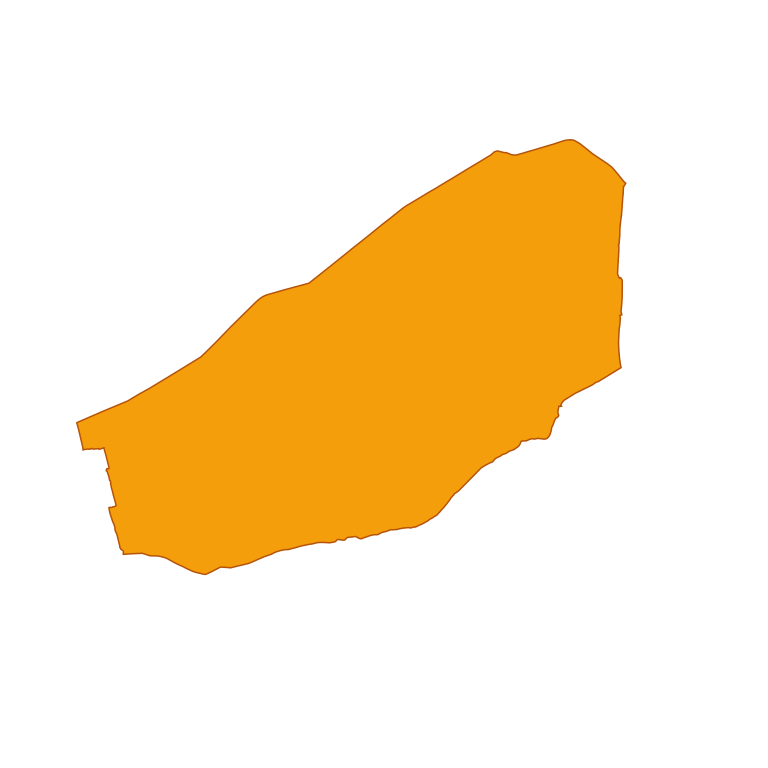 Landsmeer, Noord-Holland, Netherlands (Mercator projection), rotated 238°
{"feature_id": "6326949B31825522291609", "entity_name": "Landsmeer", "entity_type": "district", "adm_level": 2, "iso_a3": "NLD", "parent_name": "Netherlands", "parent_adm1": "Noord-Holland", "projection": "mercator", "projection_center": [4.917, 52.451], "detail": "fine", "context": "isolated", "style": "filled", "palette": "amber", "viewbox_px": 768, "rotation_deg": 238, "n_neighbors": 0, "source": "geoboundaries", "source_scale": "gbopen_adm2", "svg_char_len": 6085}
<svg xmlns="http://www.w3.org/2000/svg" viewBox="0 0 768 768"><g transform="rotate(238 384 384)"><path d="M508.4,616.8L509.8,615.0L510.7,613.8L515.2,610.5L516.8,608.3L521.5,603.8L522.4,600.8L521.6,595.8L521.7,591.1L522.1,565.6L522.4,543.2L522.6,535.6L522.5,532.6L522.8,525.6L523.0,513.9L523.3,497.8L523.2,493.8L522.3,485.9L521.3,477.5L520.4,468.3L517.7,446.5L515.8,429.7L513.3,409.1L509.3,374.3L509.4,373.3L509.9,371.7L516.4,350.3L521.4,332.9L521.8,331.2L522.1,329.5L522.3,327.3L522.2,324.3L521.8,321.3L521.3,318.4L514.8,289.3L513.6,284.0L508.6,263.9L505.6,250.6L504.0,243.0L504.0,239.0L504.2,214.5L504.6,183.0L505.2,171.3L505.4,162.5L505.4,158.9L505.4,157.9L506.0,154.2L510.0,129.9L514.0,103.0L506.1,100.5L489.6,94.9L488.9,94.4L487.5,93.9L487.4,94.8L486.2,97.4L486.0,98.0L484.5,100.1L484.4,100.5L484.5,100.8L484.3,101.5L484.2,101.9L484.0,102.3L483.5,102.2L482.9,103.0L482.4,103.7L482.2,104.3L481.3,105.9L481.2,106.3L480.3,108.0L479.6,107.8L478.8,110.3L478.8,110.8L478.4,111.9L478.5,112.0L478.2,112.1L478.0,112.5L477.9,112.3L476.9,112.2L475.4,111.6L473.2,111.1L464.4,108.3L462.5,107.6L461.9,107.5L459.6,106.8L458.4,106.2L458.1,105.9L458.1,105.7L458.1,105.2L458.3,104.8L459.0,104.4L459.0,104.1L458.9,103.8L458.1,102.8L457.7,102.5L457.4,102.5L456.8,102.9L456.6,102.9L450.6,101.4L450.1,101.2L449.6,100.9L448.0,100.4L447.7,100.3L447.1,100.6L446.2,100.3L445.7,100.2L443.6,99.0L442.8,98.8L440.3,97.8L436.4,96.7L433.7,95.8L432.8,95.4L432.1,95.3L430.7,94.8L427.6,94.0L423.1,92.5L422.8,92.2L422.7,91.9L423.0,90.3L423.5,88.7L423.4,88.5L423.7,87.5L424.1,86.6L424.3,86.5L424.5,86.5L424.7,86.2L424.8,85.9L424.9,85.2L423.8,84.8L422.7,84.2L421.4,83.8L419.2,83.0L414.0,81.7L411.9,81.2L410.6,81.0L409.9,80.8L407.8,80.6L404.7,79.7L403.9,79.1L403.3,78.8L400.8,78.1L400.2,78.0L399.0,78.0L398.6,78.0L387.4,74.3L385.0,73.3L384.7,73.5L384.3,73.5L383.5,73.3L383.3,73.3L382.5,73.6L381.4,74.2L381.2,74.3L379.9,74.2L379.5,74.1L378.9,73.3L377.7,72.6L374.4,78.9L368.7,89.0L368.4,89.4L362.6,94.3L362.2,94.8L357.9,101.2L355.9,103.3L352.9,106.1L351.9,106.9L350.3,107.9L347.5,109.4L342.1,112.5L337.7,115.3L335.1,117.1L332.6,118.5L326.9,122.2L324.6,124.0L317.9,130.6L317.3,131.4L317.0,132.1L316.7,134.1L316.1,139.5L315.5,147.1L315.4,148.1L315.0,148.9L311.4,153.9L309.4,156.5L307.5,162.4L303.8,173.4L303.1,176.5L302.7,179.2L302.0,184.4L300.9,191.6L300.1,194.8L299.3,198.4L299.0,202.5L298.3,205.4L297.7,207.6L296.9,210.0L295.9,212.4L295.2,213.6L294.4,214.9L292.1,222.2L290.9,226.6L290.0,229.4L289.6,230.4L288.8,232.4L288.3,233.7L287.7,235.7L287.0,237.0L286.5,238.0L285.3,242.0L284.9,243.0L284.3,244.4L282.5,247.5L280.1,251.0L279.4,252.0L278.7,252.9L278.2,253.7L277.0,256.4L276.4,258.1L276.2,258.5L276.2,258.8L276.2,259.8L276.3,260.1L276.5,260.9L276.7,261.8L276.6,262.6L273.7,265.9L273.0,267.0L272.6,267.7L272.6,268.0L272.5,268.7L272.8,269.5L273.1,270.6L273.2,270.8L273.2,271.4L272.6,273.2L271.3,275.5L270.8,276.6L270.2,278.2L270.0,278.6L269.6,279.2L269.3,279.4L266.2,281.1L265.7,281.6L265.4,281.9L264.9,282.6L264.7,283.0L264.2,285.9L263.4,289.0L262.9,291.5L262.6,292.5L261.8,294.8L261.1,296.3L260.0,298.0L259.8,298.4L259.5,299.5L259.4,301.9L259.2,303.5L259.0,304.4L258.2,306.5L257.8,307.9L256.7,312.8L256.1,313.6L255.8,314.1L255.2,315.1L255.0,315.5L254.4,316.7L253.6,318.3L253.1,320.2L252.8,321.0L252.2,322.3L251.6,324.0L250.4,326.3L250.2,326.8L249.4,328.4L248.0,330.1L247.7,330.6L247.3,331.8L247.3,332.6L247.2,333.0L246.8,333.5L246.3,334.3L246.1,334.7L245.9,335.7L245.8,336.7L245.7,338.1L245.1,342.0L244.7,348.7L245.0,351.1L244.8,354.2L244.9,355.9L244.8,358.3L244.9,359.7L245.2,360.8L247.2,367.6L247.7,369.6L249.0,373.3L251.2,379.2L251.9,380.2L252.0,380.5L252.1,381.2L252.2,381.7L252.6,382.7L252.9,383.3L252.9,384.2L253.0,384.5L253.6,385.5L253.7,385.8L253.6,387.0L253.9,390.8L260.3,417.6L261.2,421.2L261.4,422.4L261.4,426.5L261.0,431.8L260.8,432.8L260.7,433.3L260.5,434.8L260.6,435.3L260.8,435.9L261.3,437.5L261.5,438.2L261.7,439.4L261.7,440.3L261.6,441.7L261.3,443.9L261.2,444.5L261.4,446.4L261.3,447.2L261.2,448.0L260.5,450.5L260.5,451.3L260.6,453.5L260.6,454.2L260.1,457.0L259.7,458.7L259.5,460.1L259.5,460.4L259.7,460.8L259.7,461.4L259.7,462.9L259.8,464.7L259.9,465.2L260.1,465.7L261.2,467.9L261.9,468.8L262.5,469.4L262.6,469.6L262.6,470.0L262.5,470.8L262.3,471.4L261.6,472.4L260.4,474.6L259.9,477.9L259.5,479.4L259.2,480.4L258.6,481.2L257.8,482.1L257.5,482.5L256.5,485.3L256.1,486.0L252.3,490.7L252.0,491.4L251.7,492.1L251.6,492.7L251.5,493.4L251.6,494.4L252.1,496.0L252.9,497.6L253.4,498.3L253.9,498.9L255.5,500.7L256.4,501.6L258.2,503.1L258.6,503.6L259.3,505.0L260.5,506.6L262.8,509.6L263.5,510.7L263.9,511.3L264.0,511.8L263.8,512.8L263.9,513.4L264.0,513.9L264.1,514.4L264.6,515.4L265.3,515.7L267.6,516.3L268.5,516.8L269.3,517.5L271.4,519.6L272.5,520.4L271.9,521.1L271.3,522.2L271.1,522.8L272.5,522.8L273.3,524.1L273.8,525.1L274.3,526.3L274.8,528.3L274.8,541.3L272.9,559.5L272.9,561.7L273.1,564.3L273.1,564.7L272.6,566.5L272.5,567.3L272.3,590.8L272.2,593.7L276.4,595.3L280.8,597.3L287.3,600.6L291.6,602.9L295.9,605.5L305.6,612.3L308.7,614.9L314.5,619.3L317.2,620.3L316.6,622.3L320.0,623.5L324.5,627.0L331.0,631.7L340.2,637.6L345.4,640.8L345.9,641.1L348.2,641.0L348.5,641.1L348.8,641.0L349.1,639.6L350.5,639.9L352.9,640.2L354.0,640.6L355.3,641.6L356.8,642.5L358.9,644.1L362.0,646.2L363.8,647.6L365.9,649.0L367.2,650.0L369.6,651.6L373.0,654.1L374.0,654.6L375.8,655.9L376.7,655.9L377.1,656.3L377.2,656.7L377.8,656.8L378.4,657.7L378.9,658.2L379.9,658.8L380.7,659.5L381.6,660.0L384.5,662.3L391.2,666.7L399.0,672.8L399.5,673.4L400.9,674.4L401.0,674.7L401.3,674.9L402.4,675.6L407.7,679.6L409.8,681.0L411.2,682.1L412.5,683.0L413.6,683.9L414.9,684.7L416.8,686.2L417.5,686.8L418.9,687.8L419.8,688.5L422.1,690.0L422.4,690.3L424.0,691.4L424.6,691.7L424.7,692.8L426.2,695.4L426.9,695.1L428.1,694.8L430.4,694.4L439.1,693.4L444.5,692.6L447.5,692.0L452.1,690.3L468.4,683.0L483.3,677.8L486.0,676.5L488.1,675.4L490.0,674.2L490.5,673.8L492.3,671.6L492.8,670.6L493.9,668.5L494.8,666.2L495.4,664.1L497.7,654.5L498.4,652.1L505.6,626.2L506.8,621.8L508.0,617.9L508.4,616.8Z" fill="#f59e0b" stroke="#b45309" stroke-width="1.5"/></g></svg>